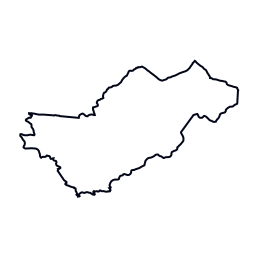 the district of Nicoadala, Zambezia, Mozambique, rotated 95°
{"feature_id": "85939544B24973508625893", "entity_name": "Nicoadala", "entity_type": "district", "adm_level": 2, "iso_a3": "MOZ", "parent_name": "Mozambique", "parent_adm1": "Zambezia", "projection": "natural_earth1", "projection_center": [36.681, -17.573], "detail": "fine", "context": "isolated", "style": "outline", "palette": "ink", "viewbox_px": 256, "rotation_deg": 95, "n_neighbors": 0, "source": "geoboundaries", "source_scale": "gbopen_adm2", "svg_char_len": 5857}
<svg xmlns="http://www.w3.org/2000/svg" viewBox="0 0 256 256"><g transform="rotate(95 128 128)"><path d="M190.4,183.2L190.9,181.6L191.6,179.3L192.0,176.6L192.4,176.6L192.6,176.3L192.7,175.1L193.4,174.8L194.6,174.7L195.4,174.5L196.3,173.8L197.8,173.1L198.3,173.1L199.0,173.5L199.3,173.2L199.2,173.0L199.7,172.0L199.9,171.8L200.7,171.8L200.5,170.8L200.2,170.3L199.2,170.8L199.3,171.3L199.1,171.7L198.7,171.5L197.8,170.7L196.2,168.7L196.1,167.7L196.4,166.7L196.4,165.6L196.3,165.2L195.9,164.6L195.6,163.8L195.5,162.7L195.8,161.5L195.9,160.0L197.1,157.7L197.4,157.0L197.5,156.1L197.3,155.5L196.9,155.3L196.1,155.8L194.9,157.0L194.4,156.9L193.8,156.4L194.2,155.3L193.7,153.7L193.7,153.1L193.9,152.4L193.9,151.8L193.7,151.4L192.8,150.8L192.6,150.3L192.7,149.9L193.2,149.0L193.2,147.9L193.0,147.0L193.4,144.1L193.3,143.5L193.0,142.8L192.8,140.9L192.6,140.6L192.0,140.9L191.8,140.8L191.7,140.2L191.4,140.0L190.4,140.5L189.6,141.3L189.5,140.7L188.7,140.8L188.6,140.2L188.1,140.4L187.8,140.9L186.6,141.4L184.2,140.8L182.6,140.0L182.1,139.5L181.1,138.2L180.6,136.8L180.4,135.7L180.4,134.7L180.2,133.7L179.9,132.9L179.6,132.6L178.8,132.6L177.7,132.2L176.8,131.8L176.3,131.4L175.8,129.7L175.5,129.1L174.5,128.6L174.4,128.4L174.2,127.5L174.4,126.6L174.9,124.3L174.8,123.6L174.6,122.9L173.7,121.8L173.1,121.4L172.4,121.1L170.3,121.0L169.9,120.7L169.6,120.1L169.3,119.2L169.4,118.6L169.2,118.0L168.6,117.2L166.9,113.2L165.3,111.1L163.7,108.4L161.9,108.2L160.1,107.8L159.8,107.9L159.4,107.8L158.9,107.6L157.2,106.3L156.3,105.3L156.0,104.6L155.3,102.1L153.9,99.8L152.4,98.2L152.1,97.7L151.9,96.7L151.8,95.9L152.0,95.6L153.0,94.3L153.1,93.9L153.5,92.1L154.5,90.5L154.8,89.9L154.7,89.5L153.9,88.1L153.4,84.9L153.1,83.9L152.1,82.9L151.4,82.6L150.8,82.4L149.3,82.5L148.3,82.3L148.0,82.0L146.9,80.3L146.1,78.4L145.3,77.5L144.7,77.1L143.1,77.2L142.8,77.1L142.1,76.2L141.3,75.8L140.2,74.6L136.9,72.3L136.2,71.9L135.2,71.7L133.0,71.9L130.7,73.0L130.3,73.4L128.6,74.5L127.9,74.8L127.5,74.8L109.4,63.9L108.3,61.2L108.0,60.2L109.3,59.2L110.3,58.8L110.8,58.4L111.4,57.5L111.5,56.4L111.4,55.5L111.2,54.9L110.7,54.4L109.6,53.6L109.4,53.3L109.3,52.9L109.7,51.6L110.4,50.5L113.0,47.4L113.3,46.8L113.6,45.3L114.3,43.9L114.4,43.3L114.3,42.1L114.0,41.0L113.4,40.9L112.3,40.3L111.6,39.9L110.7,39.0L109.8,38.5L108.0,37.8L107.0,37.7L105.8,37.1L105.1,35.9L104.3,33.5L103.8,32.7L102.8,32.1L101.4,32.1L100.5,31.4L99.6,30.6L98.1,28.7L97.8,27.9L97.7,26.3L97.3,25.4L96.7,24.7L96.4,24.5L95.5,23.5L95.1,22.6L94.2,21.3L81.1,21.7L80.9,21.5L80.4,21.7L79.4,22.5L78.5,22.8L78.0,24.1L77.8,26.2L77.4,27.7L76.8,30.8L76.4,32.3L75.7,33.3L74.5,33.8L74.1,33.9L73.6,34.5L73.3,35.0L73.2,36.6L72.9,38.2L72.9,40.3L72.0,44.1L71.9,45.7L72.0,47.4L71.8,47.9L71.3,48.6L71.1,49.1L71.1,50.6L70.1,50.7L67.5,52.6L67.4,52.7L66.6,53.4L63.6,55.3L62.2,57.7L60.9,58.9L60.1,60.3L60.0,60.8L58.2,63.6L56.8,65.5L55.7,66.5L55.3,67.3L57.2,68.6L57.5,69.1L59.0,69.6L61.4,71.1L62.8,71.8L64.9,73.6L65.8,74.6L66.4,75.6L67.5,78.2L69.1,81.6L70.6,83.9L70.7,84.0L71.8,86.0L72.9,88.7L73.8,90.0L74.3,92.1L74.6,92.7L76.1,94.0L77.8,98.0L77.8,98.5L77.5,99.8L76.9,101.3L75.9,102.8L75.2,103.6L73.4,106.3L70.7,110.7L70.1,111.4L68.9,113.6L67.2,115.9L66.6,117.1L65.6,119.4L66.5,121.7L66.4,123.1L66.5,123.3L67.1,123.5L67.2,124.0L67.3,124.8L67.5,125.2L68.2,125.4L69.3,127.2L70.2,127.8L70.4,128.2L70.8,129.5L70.7,131.0L71.1,131.8L72.2,132.4L72.8,132.5L74.4,133.2L75.8,133.6L76.1,133.9L76.4,134.5L77.2,135.4L78.0,136.2L80.3,137.8L83.0,139.0L84.9,140.9L85.6,141.4L86.7,143.4L87.1,145.6L87.4,146.6L87.8,147.1L88.3,147.4L88.8,148.2L89.1,149.0L89.4,150.5L89.7,150.8L90.0,151.0L90.6,151.1L90.9,151.4L91.2,152.0L91.8,152.4L92.5,152.5L93.8,153.2L94.4,153.8L94.9,154.8L96.1,155.4L98.5,155.7L99.2,155.6L99.8,155.2L100.3,155.2L100.9,156.0L101.4,157.5L102.1,158.1L102.9,160.0L103.5,160.7L105.2,161.3L105.6,161.3L107.2,160.2L108.1,160.0L108.5,160.1L109.0,160.6L109.3,161.6L110.1,163.1L110.4,164.5L110.7,164.6L111.7,164.6L113.0,164.3L114.4,163.6L115.6,163.3L116.9,162.5L118.0,162.2L118.1,162.9L118.0,163.1L117.7,164.8L117.8,166.1L118.3,167.6L119.0,168.6L119.8,169.3L119.9,169.9L119.7,170.9L119.4,171.6L118.6,172.5L117.7,174.1L117.6,174.5L117.8,175.1L118.6,176.4L119.3,177.3L120.3,177.7L122.2,177.9L122.1,196.6L122.1,197.0L121.9,197.2L121.7,197.8L121.8,199.4L121.5,201.1L121.6,201.9L121.7,202.3L121.9,202.4L122.0,213.0L122.1,213.9L122.4,217.9L122.4,218.5L121.9,222.4L121.7,225.9L121.9,227.9L122.6,227.8L122.9,227.4L123.4,226.4L123.6,224.9L123.9,224.8L124.3,224.8L125.0,225.4L126.1,225.7L126.4,226.4L126.2,226.6L126.2,227.0L126.6,227.9L127.0,228.4L128.4,230.3L129.0,230.5L129.5,230.2L129.9,229.9L130.5,228.1L131.1,227.1L131.9,226.1L132.5,224.8L133.4,224.4L135.4,224.2L137.5,222.4L138.9,221.8L140.5,221.5L142.3,220.6L143.0,220.6L143.4,220.9L143.4,221.5L143.2,224.1L143.2,225.1L144.0,227.5L144.2,229.8L144.1,231.4L143.5,233.2L143.4,234.0L143.5,234.6L143.8,234.7L144.8,234.7L145.5,234.4L146.6,233.1L148.5,231.9L150.4,230.0L151.3,229.6L152.5,229.4L154.0,229.6L155.4,230.3L155.9,230.4L156.5,230.3L157.2,229.2L157.4,228.1L157.1,226.3L157.0,225.2L156.8,224.1L156.6,222.4L156.5,218.9L156.6,217.8L156.8,217.2L157.3,216.1L158.4,215.0L161.6,213.6L164.1,213.0L164.5,212.7L165.2,211.9L164.4,211.0L164.1,210.3L164.1,208.5L164.0,208.1L163.7,207.5L163.4,207.2L162.6,206.7L162.5,206.3L162.8,205.3L162.8,204.1L163.1,203.7L163.4,203.3L164.9,202.7L165.5,202.1L165.4,201.4L164.9,200.6L164.7,199.7L165.2,199.9L165.5,199.9L166.3,199.5L166.6,199.1L166.9,198.6L167.1,197.3L167.1,197.1L167.3,196.7L167.6,196.5L168.6,196.3L169.7,196.6L170.4,196.4L171.4,195.9L171.7,195.5L172.9,192.2L173.1,192.0L173.7,191.9L174.1,192.2L174.4,192.8L174.9,194.1L175.3,193.8L175.5,193.7L176.3,194.3L176.8,194.3L176.9,194.2L185.5,187.2L186.1,186.2L186.6,185.5L186.8,185.0L187.1,184.6L187.5,184.5L188.2,184.5L188.6,185.4L189.3,185.6L190.0,184.7L190.3,184.2L190.4,183.2Z" fill="none" stroke="#020617" stroke-width="2"/></g></svg>